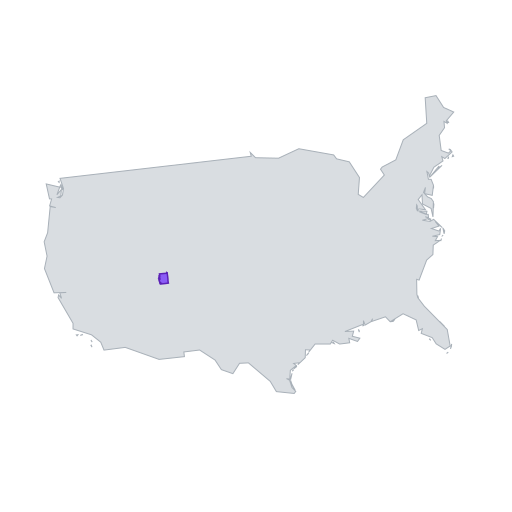 Grand, Utah, United States of America shown in context, rotated 354°
{"feature_id": "52423323B60720449434495", "entity_name": "Grand", "entity_type": "district", "adm_level": 2, "iso_a3": "USA", "parent_name": "United States of America", "parent_adm1": "Utah", "projection": "albers", "projection_center": [-109.925, 39.0], "detail": "fine", "context": "in_parent", "style": "filled", "palette": "violet", "viewbox_px": 512, "rotation_deg": 354, "n_neighbors": 0, "source": "geoboundaries", "source_scale": "gbopen_adm2", "svg_char_len": 4935}
<svg xmlns="http://www.w3.org/2000/svg" viewBox="0 0 512 512"><g transform="rotate(354 256 256)"><path d="M414.6,155.8L439.7,141.9L440.8,116.3L451.8,115.3L458.1,127.9L467.7,133.5L459.4,141.4L460.0,144.0L457.0,141.8L456.9,148.1L450.8,155.2L451.2,170.4L458.1,173.8L460.8,171.8L458.9,169.7L460.4,170.4L461.9,173.0L454.0,178.8L451.1,176.6L451.9,181.0L442.2,186.3L436.7,194.7L436.3,191.5L434.8,189.9L435.5,197.7L438.2,198.1L439.9,204.3L437.6,214.1L430.2,211.6L431.7,205.5L429.2,210.3L432.8,215.1L436.3,217.2L438.1,220.5L436.1,235.6L435.1,227.0L427.0,221.6L427.5,212.4L423.2,216.8L429.4,227.7L423.0,226.2L421.4,227.2L421.6,222.9L421.1,221.9L420.4,225.4L421.2,227.9L430.7,229.4L429.8,232.1L424.8,229.4L423.2,229.2L429.4,232.4L431.6,232.6L431.6,236.0L428.4,234.6L433.7,237.6L433.1,238.6L430.4,237.0L425.2,237.8L432.7,239.8L436.5,238.1L444.3,247.3L437.9,240.5L441.0,245.4L433.3,247.0L440.5,250.3L442.5,247.8L441.0,253.9L433.5,254.8L438.6,255.7L435.9,259.5L440.8,259.7L433.4,263.7L432.1,273.0L425.3,277.9L415.7,297.0L413.3,296.0L412.0,310.9L412.5,314.3L418.1,323.5L438.5,349.1L439.7,365.8L434.2,368.6L426.0,362.2L422.7,355.6L412.2,350.2L413.9,345.7L410.0,347.1L408.6,336.3L396.2,328.8L382.6,335.4L378.4,330.0L364.2,333.2L365.4,330.5L363.4,333.4L357.3,336.1L356.1,331.5L355.8,335.0L336.5,340.4L345.3,340.9L343.4,345.9L350.7,348.6L348.0,351.6L339.7,347.6L340.1,352.1L330.0,352.3L323.4,347.8L320.7,351.3L305.6,349.7L298.3,357.2L300.1,355.2L295.4,354.4L294.3,362.3L286.2,368.5L288.1,366.7L282.2,366.8L284.6,369.1L278.2,373.3L276.7,382.0L273.5,381.1L276.4,383.0L278.0,390.5L281.4,394.8L279.6,396.7L262.1,393.0L257.1,382.2L237.3,361.5L228.4,361.0L220.7,370.6L209.7,365.4L204.4,355.2L190.1,343.6L174.2,343.9L174.3,348.6L148.8,348.7L116.4,333.2L95.0,333.7L92.6,325.5L84.2,317.2L66.4,309.4L67.0,303.8L54.8,276.7L55.6,274.1L58.2,277.8L57.0,272.1L63.5,272.4L51.3,271.5L44.3,246.4L48.2,234.3L46.8,219.7L51.2,211.1L56.5,185.3L61.9,186.9L56.0,184.6L58.7,177.9L56.6,177.6L54.9,162.4L68.0,167.0L64.4,174.3L69.4,169.5L68.2,175.8L64.8,177.0L67.1,177.6L69.9,175.2L71.6,168.8L69.2,158.3L261.7,156.3L261.1,152.4L265.8,158.2L288.6,161.1L309.8,153.8L343.8,163.6L346.3,167.8L358.6,172.1L367.1,188.8L364.1,205.4L368.9,209.0L392.1,188.9L388.9,182.7L390.8,180.7L405.1,175.0L414.6,155.8ZM446.5,187.9L450.5,185.3L436.8,196.0L447.5,185.6L446.5,187.9ZM69.4,164.6L70.7,168.9L70.5,169.6L68.4,166.1L69.4,164.6ZM280.9,393.5L277.8,387.1L277.4,383.2L278.3,387.2L280.9,393.5ZM460.7,141.4L461.5,143.4L460.7,143.3L460.7,141.4ZM324.0,349.8L324.7,351.3L322.9,350.3L324.0,349.8ZM72.9,316.6L75.1,315.9L75.2,316.2L72.9,316.6ZM70.7,315.7L69.7,316.7L69.1,315.7L70.7,315.7ZM458.1,177.3L457.4,179.1L457.0,178.9L458.1,177.3ZM278.2,379.6L277.4,382.8L279.6,376.4L278.2,379.6ZM432.1,340.6L436.1,345.6L431.5,340.1L432.1,340.6ZM83.3,322.8L84.1,324.5L83.2,322.9L83.3,322.8ZM440.9,366.3L439.7,368.7L441.4,363.9L440.9,366.3ZM446.3,250.7L445.4,253.6L444.8,247.7L446.3,250.7ZM68.0,161.0L67.9,162.2L67.2,161.5L68.0,161.0ZM284.8,370.3L281.8,372.2L284.8,369.9L284.8,370.3ZM462.4,176.0L463.0,177.4L461.6,177.7L462.4,176.0ZM82.8,327.4L83.4,329.5L82.5,327.6L82.8,327.4ZM281.2,373.4L280.1,374.4L281.0,373.0L281.2,373.4ZM438.3,223.2L437.6,226.9L438.1,221.9L438.3,223.2ZM297.6,358.7L295.7,360.3L298.3,357.7L297.6,358.7ZM412.8,312.3L413.2,314.9L412.5,313.3L412.8,312.3ZM441.6,259.8L441.2,260.5L442.3,258.0L441.6,259.8ZM387.6,333.4L385.5,335.4L384.5,335.4L387.6,333.4ZM356.3,335.9L355.9,336.4L354.5,336.7L356.3,335.9ZM420.1,356.7L421.0,358.2L419.6,356.5L420.1,356.7ZM350.8,340.8L350.8,342.5L350.1,339.7L350.8,340.8ZM436.6,372.2L435.3,372.8L437.1,371.7L436.6,372.2ZM439.9,205.5L439.6,207.4L439.8,204.8L439.9,205.5ZM444.2,254.7L443.6,255.5L443.4,255.5L444.2,254.7Z" fill="#d9dde1" stroke="#a8b0b8" stroke-width="1"/><path d="M166.0,273.8L165.9,272.8L165.9,271.5L165.9,270.7L166.0,269.9L166.0,269.6L166.0,269.2L166.0,268.6L166.0,267.3L165.9,264.8L165.9,263.4L165.7,263.4L165.7,263.5L165.6,263.4L165.6,263.7L165.5,263.8L158.6,263.7L158.1,263.7L158.1,263.8L158.1,264.0L158.2,264.3L158.1,264.7L158.1,264.9L158.0,265.0L157.9,265.2L157.8,265.4L157.9,265.5L157.7,265.5L157.8,265.9L157.7,266.0L157.8,266.2L157.6,266.3L157.7,266.5L157.4,266.8L157.5,266.9L157.3,267.0L157.3,267.4L157.3,267.6L157.1,267.7L157.1,267.8L157.1,268.0L157.0,268.3L157.0,268.5L157.5,268.6L157.5,268.8L157.8,268.8L157.9,268.7L157.9,268.8L158.1,268.8L158.1,269.0L157.9,269.1L157.7,269.0L157.7,268.8L157.4,268.8L157.0,268.8L157.1,269.0L157.0,269.4L157.0,269.8L157.1,270.1L157.1,270.4L157.3,270.4L157.3,270.5L157.3,270.8L157.4,271.0L157.5,271.1L157.4,271.3L157.4,271.5L157.5,271.7L157.5,271.8L157.5,272.0L157.8,272.3L158.0,272.2L157.9,272.3L157.8,272.6L157.7,272.7L157.8,272.8L157.9,272.7L158.1,272.6L158.3,272.6L158.3,272.8L158.2,272.9L157.9,272.9L157.8,273.0L158.0,273.1L158.3,273.2L158.3,273.3L158.2,273.5L158.3,273.5L158.2,273.6L157.9,273.7L157.9,273.8L158.0,273.9L162.5,273.9L166.0,273.8Z" fill="#8b5cf6" stroke="#5b21b6" stroke-width="1.5"/></g></svg>